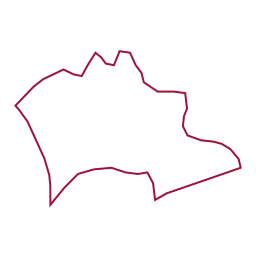 outline of Prizren
{"feature_id": "KOS-5908", "entity_name": "Prizren", "entity_type": "District", "adm_level": 1, "iso_a3": "XKX", "parent_name": "Kosovo", "parent_adm1": "", "projection": "orthographic", "projection_center": [20.721, 42.201], "detail": "fine", "context": "isolated", "style": "outline", "palette": "rose", "viewbox_px": 256, "rotation_deg": 0, "n_neighbors": 0, "source": "natural_earth", "source_scale": "10m", "svg_char_len": 667}
<svg xmlns="http://www.w3.org/2000/svg" viewBox="0 0 256 256"><path d="M50.4,204.8L50.3,185.4L49.2,174.7L44.4,158.5L27.5,121.5L18.9,109.6L15.4,105.7L33.8,86.5L43.3,79.1L63.5,69.5L73.6,74.4L81.7,76.0L88.6,63.6L95.5,52.7L101.2,57.4L105.8,63.6L113.9,65.2L119.6,51.2L130.0,52.7L135.7,65.2L141.5,72.9L143.8,82.3L157.6,91.6L173.7,91.6L185.2,93.1L187.0,108.6L184.0,116.2L182.9,126.2L187.5,135.4L201.0,140.3L213.5,141.6L221.5,143.8L230.4,149.1L238.7,159.1L240.6,167.6L240.6,167.8L208.8,178.8L166.7,193.3L155.1,199.9L153.1,183.3L147.3,172.4L138.1,174.0L125.4,172.4L111.5,167.8L94.2,169.3L78.1,173.9L64.2,187.9L50.4,204.8Z" fill="none" stroke="#9f1239" stroke-width="2"/></svg>